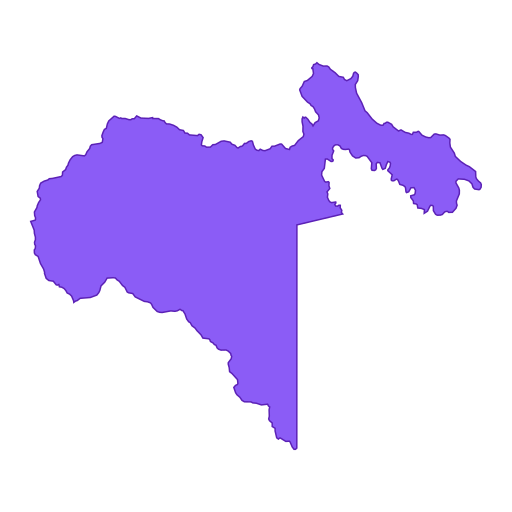 Talamanca, Limón, Costa Rica
{"feature_id": "36466004B17277375937001", "entity_name": "Talamanca", "entity_type": "district", "adm_level": 2, "iso_a3": "CRI", "parent_name": "Costa Rica", "parent_adm1": "Limón", "projection": "natural_earth1", "projection_center": [-83.039, 9.422], "detail": "fine", "context": "isolated", "style": "filled", "palette": "violet", "viewbox_px": 512, "rotation_deg": 0, "n_neighbors": 0, "source": "geoboundaries", "source_scale": "gbopen_adm2", "svg_char_len": 6020}
<svg xmlns="http://www.w3.org/2000/svg" viewBox="0 0 512 512"><path d="M278.4,439.1L279.5,438.1L280.3,438.0L285.8,441.4L289.4,441.2L290.1,442.0L292.2,446.9L294.0,449.3L295.5,449.3L296.8,448.1L296.9,224.9L342.7,214.0L341.4,212.4L341.8,210.3L340.2,207.8L340.3,205.3L338.9,205.2L337.5,206.2L335.6,206.0L334.8,204.4L335.9,202.9L335.7,202.0L331.6,202.6L330.2,202.1L328.8,200.5L327.4,197.3L327.8,193.9L327.0,191.9L329.8,188.5L328.9,185.7L329.1,182.5L328.4,181.7L325.7,182.1L324.6,181.4L321.6,175.1L321.9,171.7L324.3,168.4L325.4,159.1L327.3,159.0L331.1,161.5L332.4,161.4L333.1,160.8L333.1,159.7L332.0,158.7L332.0,155.3L333.7,150.9L332.6,149.4L332.6,147.8L334.2,145.6L335.6,144.8L337.9,144.8L340.0,146.0L341.4,148.5L343.2,149.3L345.3,149.5L348.6,149.1L349.4,149.6L350.0,152.1L352.5,155.9L355.7,158.0L359.1,157.7L361.1,156.3L363.3,155.5L365.5,155.6L367.1,156.3L371.8,162.7L371.3,168.8L372.0,170.3L374.5,170.5L375.7,169.8L376.4,168.4L376.2,163.8L377.4,162.4L380.0,162.8L381.9,168.1L382.8,169.4L385.3,168.3L386.4,164.6L387.9,161.5L389.9,162.2L390.5,163.3L390.2,165.9L389.4,168.0L387.9,169.7L387.8,170.7L392.2,174.8L391.2,179.0L391.4,180.3L392.2,180.8L393.8,180.8L396.5,179.1L397.5,179.4L398.6,181.3L399.8,184.4L403.0,185.3L404.9,186.6L405.5,187.8L406.0,191.9L406.6,192.6L408.7,191.8L410.9,187.8L414.0,187.6L415.5,190.3L415.1,193.6L414.3,194.8L410.7,195.8L410.8,197.6L413.3,200.9L413.6,203.5L416.3,204.0L417.2,204.7L417.8,208.0L421.4,208.4L424.4,209.6L424.2,213.3L427.5,211.2L429.8,206.4L430.7,205.3L432.5,205.5L433.3,206.3L433.4,210.7L435.6,214.3L437.2,215.2L440.4,215.1L442.3,214.5L444.7,211.9L446.3,211.4L447.6,211.4L448.6,212.4L452.4,212.3L456.0,208.3L457.1,205.2L456.5,203.2L456.4,201.0L459.3,193.9L459.4,190.3L458.8,188.0L455.9,182.8L456.0,181.2L458.3,178.9L464.5,179.3L468.9,180.9L471.9,183.8L473.0,187.3L474.6,189.0L479.0,189.7L479.9,189.3L481.1,187.3L481.3,184.6L480.6,182.9L478.6,181.3L476.5,178.8L475.8,177.0L475.6,171.5L469.4,166.7L466.0,165.1L460.7,161.5L455.3,156.4L454.3,153.1L450.4,147.1L449.8,143.0L450.0,139.3L449.0,138.1L445.5,135.6L443.7,134.9L439.9,135.1L435.9,133.9L434.2,134.1L430.7,137.6L428.7,137.7L425.7,137.0L422.0,135.2L418.9,131.6L418.2,131.3L416.4,132.3L413.3,132.3L412.4,134.4L411.1,134.4L408.9,133.2L405.2,132.4L401.0,129.9L398.5,131.0L393.1,126.8L391.6,124.3L387.8,122.2L386.4,122.3L385.3,123.3L384.1,123.4L383.1,125.1L382.2,125.3L380.5,125.1L376.8,123.2L372.1,119.0L367.2,112.7L365.0,110.8L361.7,102.7L356.6,93.2L355.4,87.6L355.3,84.5L357.7,80.7L358.3,76.5L358.2,74.7L356.7,73.1L355.4,72.1L354.5,72.3L353.6,73.2L352.8,76.2L350.9,78.6L346.8,80.7L344.5,79.5L343.3,77.3L338.8,76.4L335.1,72.7L330.4,69.3L328.7,66.9L327.1,66.0L323.3,66.1L318.9,64.4L316.9,62.7L315.6,64.0L313.6,64.6L312.9,66.7L311.8,67.8L311.9,68.5L312.8,68.6L313.5,73.5L312.2,76.4L307.3,80.5L304.3,81.5L302.2,86.2L300.1,88.6L299.7,89.9L302.1,96.4L307.5,102.1L310.1,103.8L311.1,105.5L313.0,106.6L314.5,108.9L315.6,111.8L318.5,114.9L319.2,117.9L318.3,120.8L315.1,122.6L313.0,125.9L311.9,123.9L310.0,122.5L307.9,119.3L305.7,117.2L305.1,117.2L304.2,118.1L302.9,117.0L302.1,118.9L302.1,121.9L303.0,126.1L302.9,131.5L303.9,134.1L303.3,136.6L298.3,140.6L294.6,145.4L292.2,146.0L290.1,147.3L289.5,149.5L285.5,148.5L281.6,144.1L280.1,144.0L274.5,146.2L272.0,146.2L270.1,148.8L265.0,150.7L262.9,150.5L260.2,149.2L258.8,150.6L256.8,150.2L255.2,149.0L253.4,145.0L252.4,141.3L251.2,140.8L248.8,141.5L246.3,143.4L244.5,143.4L242.7,145.7L241.6,146.4L240.5,146.4L238.1,148.0L237.0,147.6L234.9,145.3L231.9,144.2L230.2,142.2L224.1,140.9L221.1,141.3L215.4,144.5L212.9,144.7L210.4,147.1L206.5,147.2L204.8,146.0L202.2,145.8L201.4,144.9L201.8,141.8L203.1,137.6L201.1,134.8L199.1,134.3L197.5,135.6L189.4,134.9L187.5,133.2L185.0,133.1L183.4,130.5L179.5,129.7L176.9,127.2L173.5,125.3L169.6,124.0L166.4,123.9L164.8,122.2L164.3,121.0L162.3,120.6L159.4,119.3L158.7,118.6L152.8,118.5L152.6,117.6L148.6,118.4L141.0,118.1L136.7,115.9L134.3,118.7L132.1,118.8L130.9,119.7L129.0,119.7L125.2,118.5L121.7,118.5L120.8,117.9L119.4,118.4L115.5,116.4L114.1,116.2L108.8,120.9L107.4,123.8L106.3,128.4L104.4,129.4L103.1,132.2L101.9,135.6L102.0,137.2L102.9,138.7L102.3,142.3L100.1,143.4L91.7,144.7L90.3,146.2L89.7,148.5L87.0,151.8L85.7,154.8L84.4,155.9L77.0,154.9L74.6,155.5L72.6,156.7L70.2,159.7L68.5,163.1L67.9,165.3L66.5,167.1L65.6,169.6L62.6,172.0L62.4,175.2L61.3,176.5L52.5,178.4L49.3,178.7L47.8,180.0L44.2,181.1L40.7,183.1L39.6,185.6L39.3,188.2L37.2,191.4L38.1,196.5L40.3,198.2L40.5,199.8L38.7,202.4L37.3,205.6L36.9,207.6L34.4,212.0L34.7,215.7L35.5,217.6L35.5,219.6L35.1,220.2L30.7,221.4L34.2,230.1L34.4,233.4L35.4,237.1L35.4,239.8L34.5,242.2L34.7,244.3L35.5,245.7L35.3,248.5L34.3,249.9L34.4,253.0L35.3,254.7L38.1,256.4L40.5,263.6L43.6,269.0L44.6,272.3L44.5,273.4L46.2,278.4L48.8,280.5L53.3,281.2L56.2,284.8L57.3,285.1L58.8,284.5L59.4,286.8L61.8,287.2L64.2,288.6L65.8,290.5L67.2,293.0L69.7,294.2L71.6,296.1L73.6,300.8L73.8,302.4L75.5,301.1L77.2,300.6L80.2,298.3L90.3,297.5L96.8,295.1L98.8,292.6L99.8,290.5L101.0,285.9L104.7,282.2L107.1,278.1L113.2,277.7L115.4,278.0L117.0,279.8L119.3,281.3L122.5,285.5L124.9,287.3L127.2,292.0L128.6,292.8L132.7,293.5L135.2,296.9L144.3,301.4L147.5,301.8L150.5,302.9L151.6,304.3L153.0,307.4L157.2,311.5L159.7,312.3L162.1,312.5L170.8,310.9L174.9,311.3L177.3,310.8L180.0,309.3L181.9,310.6L182.9,310.6L185.0,314.0L186.7,319.0L188.7,321.8L190.2,322.6L192.0,325.8L195.0,328.0L197.0,330.7L201.0,334.8L202.9,338.1L208.9,338.8L209.9,339.8L210.3,341.2L210.9,341.8L212.9,342.8L214.4,344.6L216.0,345.2L217.1,347.9L218.5,349.2L221.0,350.1L226.1,350.0L228.1,351.0L230.7,353.5L231.0,355.2L231.7,356.3L231.2,358.8L228.3,362.6L228.2,364.0L229.2,367.7L229.6,371.7L232.0,373.5L237.5,379.6L237.9,383.5L237.4,384.5L235.5,385.4L233.8,387.4L235.6,392.7L236.9,394.7L239.9,397.3L242.0,400.4L244.4,401.8L251.0,401.9L252.8,402.9L256.3,403.2L261.4,404.9L267.6,404.2L268.4,405.9L269.7,406.9L269.1,409.8L269.3,416.2L268.7,419.0L269.5,420.7L272.2,423.0L272.2,426.5L275.1,428.3L275.1,431.0L276.7,437.8L278.4,439.1Z" fill="#8b5cf6" stroke="#5b21b6" stroke-width="1.5"/></svg>